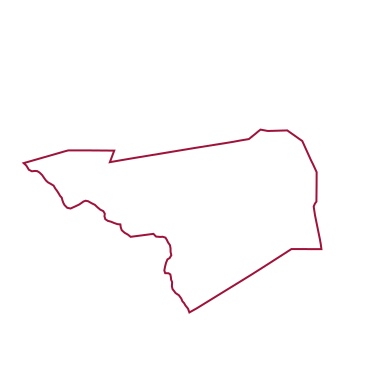 Mulungu do Morro, Bahia, Brazil (Albers equal-area conic projection), rotated 144°
{"feature_id": "56859067B68595123472008", "entity_name": "Mulungu do Morro", "entity_type": "district", "adm_level": 2, "iso_a3": "BRA", "parent_name": "Brazil", "parent_adm1": "Bahia", "projection": "albers", "projection_center": [-41.471, -12.0], "detail": "fine", "context": "isolated", "style": "outline", "palette": "rose", "viewbox_px": 384, "rotation_deg": 144, "n_neighbors": 0, "source": "geoboundaries", "source_scale": "gbopen_adm2", "svg_char_len": 1651}
<svg xmlns="http://www.w3.org/2000/svg" viewBox="0 0 384 384"><g transform="rotate(144 192 192)"><path d="M78.7,185.8L92.9,195.5L94.9,196.9L99.9,202.2L102.8,202.1L106.6,201.8L109.2,201.7L114.9,201.4L122.7,205.3L129.0,208.3L133.2,210.4L163.3,225.7L218.2,253.2L230.5,259.3L240.9,264.4L230.6,271.2L252.8,287.6L267.5,298.3L270.5,299.5L311.2,314.3L310.5,310.8L310.7,308.2L310.9,305.9L309.4,302.9L306.6,301.3L304.9,299.8L303.9,297.3L303.3,294.0L303.4,290.2L303.4,287.3L302.9,284.6L301.7,282.0L300.2,278.5L300.6,274.9L300.5,272.7L300.7,269.3L301.0,266.5L300.7,264.0L301.8,261.2L302.5,258.7L302.8,256.3L302.2,252.5L299.9,250.0L297.4,249.5L294.5,248.9L290.7,248.2L288.0,248.1L285.4,248.1L283.1,247.4L281.4,245.5L280.5,243.4L279.5,241.3L278.1,238.7L277.5,235.4L276.6,231.7L275.0,228.6L275.3,225.7L277.1,223.8L278.1,221.0L277.1,218.2L275.0,215.6L273.1,212.5L271.2,209.8L269.0,207.9L270.4,205.3L271.3,202.4L270.5,198.7L268.9,195.2L268.0,191.8L247.8,180.8L247.3,177.1L244.1,174.3L242.1,173.1L240.3,170.7L240.5,168.0L241.0,165.4L241.1,161.9L242.5,159.0L244.5,156.2L245.9,153.0L248.9,151.7L251.5,151.9L254.6,150.0L257.5,147.6L260.5,144.8L261.4,142.1L258.7,140.0L258.0,138.0L259.1,135.6L260.4,133.4L261.1,130.7L263.7,127.5L264.8,124.9L264.7,122.2L264.7,119.9L263.3,116.2L263.3,112.2L264.0,109.1L263.7,106.9L264.0,104.0L263.8,100.0L264.9,96.1L256.5,95.1L242.2,94.0L192.5,90.2L169.8,88.8L145.1,87.4L134.7,79.8L132.1,77.9L128.4,75.2L120.9,69.7L118.7,73.7L116.5,78.2L106.2,100.8L102.1,108.7L99.5,110.3L97.0,111.1L86.9,124.7L79.5,134.8L77.8,143.3L77.1,147.6L72.8,168.5L73.8,171.2L75.9,177.5L77.9,183.3L78.7,185.8Z" fill="none" stroke="#9f1239" stroke-width="2"/></g></svg>